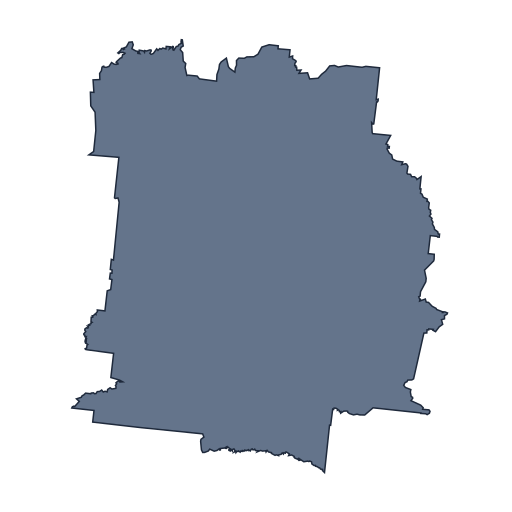 Moorabool, Victoria, Australia, rotated 88°
{"feature_id": "25037944B6902911043133", "entity_name": "Moorabool", "entity_type": "district", "adm_level": 2, "iso_a3": "AUS", "parent_name": "Australia", "parent_adm1": "Victoria", "projection": "albers", "projection_center": [144.318, -37.633], "detail": "fine", "context": "isolated", "style": "filled", "palette": "slate", "viewbox_px": 512, "rotation_deg": 88, "n_neighbors": 0, "source": "geoboundaries", "source_scale": "gbopen_adm2", "svg_char_len": 5937}
<svg xmlns="http://www.w3.org/2000/svg" viewBox="0 0 512 512"><g transform="rotate(88 256 256)"><path d="M37.2,323.1L39.5,323.5L39.8,322.1L40.4,322.2L42.0,325.7L43.5,326.6L43.9,328.4L47.5,330.9L47.2,331.7L45.5,332.1L45.2,331.3L43.8,331.4L43.6,331.9L45.9,335.2L43.9,334.4L43.4,338.4L45.9,338.8L44.9,341.9L46.0,343.6L45.3,344.9L47.1,346.8L45.5,348.0L50.0,351.5L50.8,353.8L49.7,355.0L47.5,353.6L46.6,353.6L46.3,354.7L47.3,358.3L46.8,360.0L48.5,360.3L47.2,361.1L46.2,365.5L48.7,365.8L49.7,365.1L49.4,367.0L47.3,367.1L46.9,369.0L44.5,372.8L40.7,371.3L37.7,372.2L37.9,375.5L42.5,378.3L43.5,380.9L44.5,380.2L45.0,381.3L43.9,382.2L43.9,383.0L45.7,384.0L48.2,387.0L48.9,386.0L47.9,385.0L47.8,381.8L48.8,379.8L49.7,380.6L50.1,382.2L53.1,383.2L53.4,384.5L57.0,388.7L57.8,389.0L58.5,387.3L59.3,387.2L59.7,389.1L59.3,391.1L57.6,393.6L61.4,396.3L62.2,398.9L62.0,401.2L61.0,401.5L61.1,402.2L61.9,403.3L65.4,404.0L68.1,405.9L74.2,405.9L74.3,412.7L86.8,412.3L86.5,415.8L100.2,415.9L106.7,411.8L125.0,411.7L145.9,414.6L149.1,419.5L152.6,389.6L192.9,395.4L193.6,394.7L193.2,391.9L197.5,390.9L255.1,398.6L254.3,400.7L264.4,402.1L265.0,400.3L268.2,400.6L268.0,402.2L273.8,403.2L274.5,400.8L284.5,402.4L285.6,405.9L305.6,408.9L304.4,416.5L306.0,416.4L308.0,418.2L308.9,418.0L308.5,419.1L310.1,420.8L310.0,421.7L311.5,421.4L311.5,422.8L315.6,423.2L316.5,422.2L316.7,423.2L317.8,423.2L318.9,425.7L319.4,425.2L319.4,426.0L320.6,426.0L320.4,426.7L321.3,426.1L322.2,426.6L321.8,427.9L322.9,429.5L324.1,429.7L325.6,428.8L327.7,430.8L328.7,430.8L329.2,429.8L330.6,429.8L330.6,428.5L331.3,429.0L332.4,428.2L333.0,428.7L332.4,429.0L334.5,429.7L335.5,429.2L334.9,428.6L335.9,428.7L336.0,428.1L335.9,429.7L336.9,429.4L337.3,430.0L337.0,429.1L338.6,427.2L339.2,428.0L342.1,428.5L342.7,430.0L343.4,429.7L343.8,428.2L348.3,401.7L372.4,405.3L375.2,396.8L377.1,393.6L377.2,396.5L375.9,397.0L376.6,398.9L377.9,400.4L378.9,399.7L380.5,401.0L381.7,400.4L383.4,400.7L383.9,404.7L382.6,406.4L384.2,408.9L386.6,409.5L385.9,411.6L386.6,413.4L384.6,414.9L385.9,417.0L386.0,419.4L387.9,420.7L388.0,422.3L387.1,423.1L387.2,425.5L387.9,425.9L387.1,431.1L389.0,433.2L389.5,434.6L391.1,435.5L392.5,440.4L395.1,437.7L400.0,442.4L399.7,443.4L400.3,444.8L401.5,445.4L404.7,423.3L416.3,425.0L423.4,377.6L431.9,315.5L435.2,314.4L437.3,317.4L439.3,317.8L447.8,317.3L450.5,316.1L450.5,314.2L449.2,310.4L447.4,309.0L449.6,304.6L449.0,301.8L447.5,299.6L448.6,299.2L448.6,298.4L447.1,298.2L446.8,294.1L445.9,292.4L447.2,292.9L447.3,292.2L445.9,290.8L448.0,288.5L448.8,290.0L449.3,289.9L450.0,288.5L448.4,287.7L450.1,286.5L448.5,286.1L448.0,284.8L449.8,283.7L451.2,284.7L450.5,283.1L451.8,282.9L450.4,281.8L450.8,280.8L450.2,280.2L451.5,278.7L450.4,278.0L450.8,276.9L450.0,276.5L450.7,275.7L449.7,274.3L450.4,274.0L449.7,272.9L450.2,272.1L449.3,270.4L450.3,269.9L450.0,269.2L450.6,268.5L448.9,267.4L448.7,266.4L449.6,265.9L449.6,264.8L449.0,264.0L450.4,263.3L450.7,260.7L451.7,261.5L450.5,258.1L451.2,256.3L451.0,253.1L452.2,252.8L450.6,251.7L452.3,250.3L453.0,247.4L453.8,247.5L455.9,243.9L455.4,242.7L456.3,240.4L455.6,240.5L455.1,237.8L453.7,236.7L454.9,235.5L453.6,235.1L454.1,233.6L453.1,233.4L452.9,232.6L454.9,229.6L456.6,230.4L456.1,227.4L457.6,224.8L458.4,225.0L459.4,224.1L460.4,221.9L459.9,220.8L460.9,221.0L461.8,220.2L461.6,219.1L460.5,219.3L463.3,215.4L462.8,211.4L463.3,210.3L462.8,209.5L463.6,207.7L465.8,207.4L467.4,205.3L467.4,203.9L468.2,203.8L468.7,202.0L469.8,200.8L469.9,199.8L471.2,199.0L471.6,196.9L472.7,197.1L474.8,195.1L427.6,188.4L427.8,187.3L411.7,184.7L412.1,183.8L410.7,183.3L410.9,181.4L412.0,179.8L413.0,180.0L412.6,179.1L413.4,178.1L415.0,178.2L414.1,177.8L414.8,177.4L414.5,176.7L416.0,176.8L414.1,173.7L414.1,170.8L414.4,169.8L415.3,169.8L416.7,168.2L418.2,164.1L417.6,160.5L418.4,158.0L418.7,152.9L411.8,144.3L418.6,96.7L419.1,96.8L419.6,91.9L420.5,90.5L419.2,88.2L417.3,87.5L415.8,88.5L415.0,94.8L413.5,94.2L410.8,96.6L406.0,106.2L403.6,104.3L402.6,104.5L402.0,105.8L397.3,106.5L394.9,105.9L392.6,111.3L390.4,112.9L387.6,111.4L387.0,109.6L385.3,108.6L385.3,104.6L384.3,102.8L338.9,90.9L338.9,88.0L335.7,87.6L335.9,86.0L334.9,85.9L335.5,81.4L336.3,81.9L337.9,79.2L333.2,75.4L330.8,71.8L326.1,72.9L325.4,69.8L322.1,69.7L320.9,67.2L319.6,66.6L318.5,69.0L318.3,70.9L319.0,71.0L319.0,71.7L318.2,71.6L315.8,77.3L314.6,77.9L312.4,81.7L308.4,85.2L308.0,87.5L304.9,88.3L306.8,94.1L305.5,93.8L304.6,92.7L305.1,93.9L302.4,94.8L301.8,93.4L297.4,92.8L287.7,87.2L284.3,86.7L276.0,88.1L267.1,78.6L265.5,78.1L260.5,77.8L259.6,83.8L241.7,81.1L242.7,74.2L243.4,73.9L243.6,72.2L240.5,71.8L240.4,73.1L238.2,73.5L235.6,76.7L233.7,76.8L230.1,78.6L228.3,78.0L225.9,79.4L224.5,78.8L222.1,81.3L220.2,79.7L218.5,80.3L216.4,79.8L215.2,81.5L214.0,81.8L209.0,81.0L207.2,82.5L207.3,83.2L205.1,82.8L203.1,86.8L199.9,88.0L199.1,89.4L194.7,88.8L194.6,89.9L182.4,88.2L185.2,92.5L184.0,92.9L182.3,94.8L182.2,97.7L179.8,98.7L179.4,101.6L178.4,102.3L171.7,101.0L169.4,102.3L169.0,103.4L169.8,107.2L167.1,106.0L166.1,112.0L163.9,116.1L159.8,116.8L157.9,119.2L153.7,121.3L152.6,121.0L152.9,119.2L151.2,118.9L150.9,120.7L149.3,120.4L148.6,122.2L140.2,117.2L137.8,135.1L136.8,135.6L126.7,135.8L128.3,134.4L128.1,133.7L106.2,130.1L106.3,129.3L105.3,128.6L103.5,128.4L104.0,130.4L72.2,125.9L70.3,139.6L71.1,143.4L68.8,158.9L70.0,167.2L68.3,170.9L68.6,175.7L73.7,180.0L76.7,184.1L80.5,187.7L80.9,196.2L74.7,198.1L75.0,206.7L71.7,204.5L71.8,208.7L68.7,208.8L68.6,209.8L67.2,209.6L67.1,210.7L64.8,210.4L63.2,209.1L62.2,209.4L60.1,212.6L57.4,212.4L58.4,215.8L51.1,214.8L49.7,226.8L46.7,226.4L45.3,235.5L47.4,242.9L54.4,247.0L56.8,251.2L56.7,258.2L58.0,260.8L57.6,266.3L60.0,268.7L64.7,268.8L67.4,270.1L71.5,270.7L67.6,275.8L65.8,277.0L57.2,278.7L60.9,284.1L63.3,285.8L67.9,286.6L73.3,288.7L79.9,289.3L77.0,306.4L74.1,308.5L72.9,317.5L73.2,318.8L65.1,320.3L61.2,319.5L58.7,321.9L50.1,322.2L47.2,324.5L44.8,323.6L43.6,321.4L37.4,322.1L37.2,323.1Z" fill="#64748b" stroke="#1e293b" stroke-width="1.5"/></g></svg>